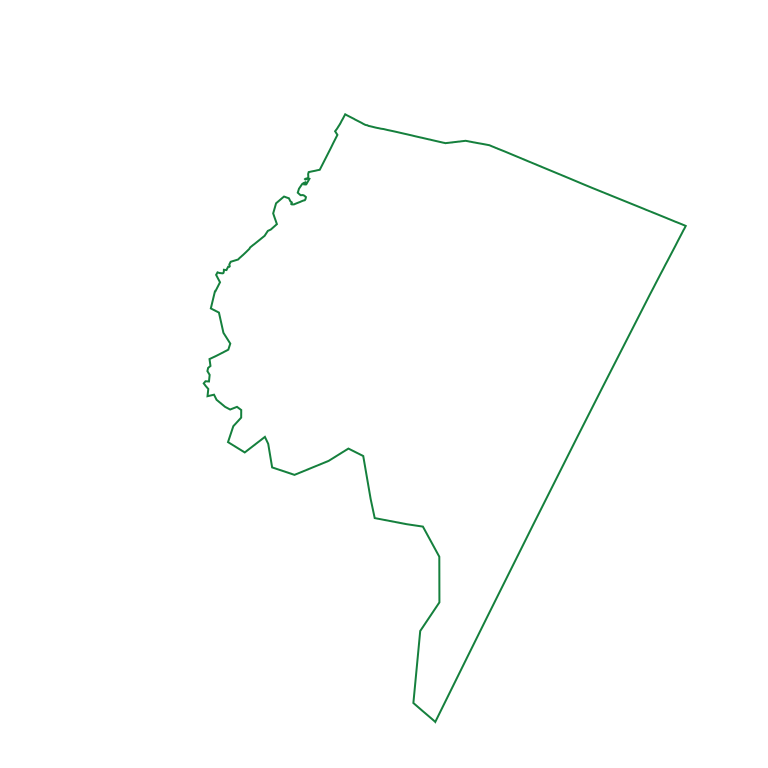 outline of Soudari, North Kordufan, Sudan, rotated 117°
{"feature_id": "16777658B52132204049815", "entity_name": "Soudari", "entity_type": "district", "adm_level": 2, "iso_a3": "SDN", "parent_name": "Sudan", "parent_adm1": "North Kordufan", "projection": "orthographic", "projection_center": [27.862, 15.17], "detail": "fine", "context": "isolated", "style": "outline", "palette": "green", "viewbox_px": 768, "rotation_deg": 117, "n_neighbors": 0, "source": "geoboundaries", "source_scale": "gbopen_adm2", "svg_char_len": 4906}
<svg xmlns="http://www.w3.org/2000/svg" viewBox="0 0 768 768"><g transform="rotate(117 384 384)"><path d="M343.6,187.7L288.8,187.8L183.3,187.7L174.4,187.6L171.5,187.6L159.9,187.5L154.6,187.4L150.0,187.4L145.9,187.3L136.6,187.2L128.7,187.1L126.4,187.1L126.1,187.1L123.1,187.1L114.2,187.0L111.1,187.0L110.5,187.0L109.8,186.9L108.8,186.9L108.1,186.9L107.6,186.9L107.0,186.9L106.7,186.9L106.4,186.9L106.2,186.9L106.2,187.3L106.2,187.6L106.2,187.8L106.3,189.0L106.4,189.9L106.4,190.5L106.6,192.5L106.6,192.9L106.7,193.7L106.7,193.8L107.0,197.0L107.0,197.3L107.1,197.5L107.3,200.4L107.6,204.2L107.8,206.2L107.8,206.6L108.0,209.0L108.7,217.3L109.8,229.4L110.0,232.4L112.1,256.6L114.8,287.8L115.5,296.7L116.6,311.8L120.1,356.7L122.0,381.9L122.5,387.4L122.6,388.5L122.7,389.1L122.7,389.4L122.7,390.1L122.9,391.6L123.0,393.6L123.2,395.4L123.3,397.1L123.4,398.6L123.5,398.8L124.1,400.9L125.6,406.0L126.6,409.2L127.2,411.2L127.7,413.0L127.9,413.5L128.9,417.1L129.2,417.9L129.3,418.4L129.3,418.5L129.4,418.8L129.6,419.5L129.8,420.2L129.9,420.5L130.2,421.5L130.3,421.8L130.8,422.5L131.8,424.0L132.3,424.8L133.5,426.5L134.1,427.4L134.3,427.8L135.2,429.1L135.8,430.0L136.7,431.4L137.0,431.8L137.4,432.4L137.7,432.9L137.8,432.9L138.1,433.4L138.3,433.7L138.6,434.2L139.6,435.7L140.3,436.7L140.3,436.8L141.1,438.0L141.5,438.5L141.7,439.4L141.7,439.5L141.9,440.2L142.0,440.4L142.6,442.8L142.8,443.6L143.8,447.6L145.0,452.4L145.2,453.4L145.3,453.8L145.8,455.5L145.9,456.0L146.6,458.8L147.0,460.4L147.4,462.1L147.7,463.1L149.3,469.5L149.7,471.3L151.1,476.9L152.0,480.4L153.1,484.8L153.7,487.2L155.0,492.2L156.1,496.2L156.4,497.5L157.1,500.4L157.2,500.6L157.9,502.6L158.0,502.9L158.0,503.0L158.6,505.3L158.7,505.5L159.1,507.0L159.2,507.4L159.5,508.5L159.6,509.1L159.9,510.2L159.9,510.3L160.1,511.3L160.4,512.3L160.4,512.5L160.7,513.7L160.8,514.0L161.1,515.1L161.0,516.0L161.0,516.3L161.2,516.8L161.3,517.0L161.5,517.9L161.6,518.3L161.6,518.5L161.6,518.8L161.6,519.1L161.6,520.0L161.6,521.3L161.5,522.2L161.5,523.4L161.5,526.1L161.5,526.7L161.5,527.3L161.5,528.3L161.5,529.5L161.5,529.8L161.5,530.2L161.4,530.8L161.4,532.3L161.4,534.1L161.4,534.7L161.4,536.1L161.4,538.0L161.4,538.3L161.4,539.3L161.3,540.8L161.3,541.0L167.3,541.1L167.5,541.1L167.9,541.2L171.6,541.2L172.3,541.2L172.4,541.3L172.5,541.3L172.8,541.3L174.4,541.4L174.7,541.5L174.8,541.5L175.1,541.5L175.5,541.5L175.8,541.6L176.4,541.6L177.3,541.7L177.6,541.7L179.9,542.1L181.0,542.3L183.2,538.6L184.3,538.6L185.0,538.6L188.3,538.6L189.6,538.6L191.7,538.6L192.5,538.6L197.9,538.5L198.4,538.5L200.5,538.5L201.3,538.5L203.6,538.5L205.9,538.5L207.2,538.5L213.6,538.5L219.5,538.5L220.5,538.5L221.9,538.5L222.3,538.5L224.1,540.8L224.9,541.7L227.5,545.0L229.4,547.3L231.4,546.9L233.4,545.7L234.7,545.2L236.4,546.5L236.6,546.9L236.8,547.2L237.3,547.4L237.5,546.9L237.4,546.8L237.1,546.6L236.7,546.2L236.4,545.8L236.0,545.6L235.0,544.1L235.0,543.9L235.0,543.6L241.4,543.9L242.1,544.9L242.1,545.0L242.2,545.5L242.3,545.7L241.8,545.9L240.7,545.5L240.1,545.0L240.0,545.3L239.9,545.5L240.3,545.8L241.2,546.7L243.0,547.7L248.6,548.4L249.2,548.3L252.7,547.7L253.6,544.2L253.6,543.9L252.5,542.1L252.5,541.9L252.5,541.6L252.4,541.3L252.4,540.9L252.4,540.6L252.4,540.4L252.6,539.6L252.8,538.9L252.9,538.4L254.8,537.9L256.2,538.0L256.4,538.2L256.5,538.4L257.0,538.9L257.1,539.1L257.8,539.7L258.7,540.5L260.1,541.6L260.6,542.1L261.2,542.6L261.3,542.7L261.4,542.8L264.5,545.5L264.8,545.7L265.0,546.1L265.3,546.7L265.7,547.4L265.8,547.5L265.7,548.4L264.9,548.5L264.3,548.4L264.0,548.7L263.9,549.1L263.8,549.8L263.8,550.2L263.1,551.2L262.3,552.2L262.3,552.3L261.7,553.0L262.1,555.8L262.3,557.9L262.4,558.2L263.8,558.8L264.0,558.9L272.0,562.2L282.3,560.2L285.9,556.5L287.3,555.0L290.2,552.0L297.8,555.0L298.8,555.8L300.3,557.0L305.7,557.6L306.1,557.6L310.3,559.5L310.8,559.7L319.0,563.4L319.3,563.6L323.2,565.3L324.6,565.3L326.7,566.0L329.4,566.9L333.6,568.4L333.7,568.5L335.1,569.0L337.3,569.9L338.3,570.2L339.3,570.5L344.7,576.1L346.7,576.1L347.7,576.1L349.1,574.9L349.8,575.0L350.3,576.1L353.9,576.1L354.0,576.1L354.9,578.5L356.7,577.7L358.0,577.5L358.6,577.9L359.7,580.7L360.0,582.1L360.1,583.0L363.0,583.1L365.5,579.6L367.8,576.3L373.9,576.3L377.7,576.3L377.7,576.5L377.8,576.5L378.2,576.7L395.3,572.6L395.3,563.5L411.3,550.3L417.8,539.3L424.1,538.3L434.8,546.0L441.0,550.8L446.7,546.8L449.5,548.0L452.7,547.2L455.0,543.5L461.2,541.1L462.6,544.3L465.3,544.9L466.7,542.0L468.2,538.3L475.0,535.7L470.7,530.6L474.1,526.0L476.5,515.2L476.6,509.5L471.1,504.6L472.0,499.4L478.8,496.0L490.0,499.1L506.6,496.6L508.2,477.0L485.2,466.1L489.9,460.0L509.1,445.8L505.6,422.5L477.6,398.4L457.7,386.4L457.6,369.8L492.5,343.7L507.7,331.4L498.7,300.4L493.4,284.6L512.8,256.3L553.4,235.5L587.6,239.6L654.9,213.0L657.9,200.9L659.5,194.1L661.6,185.5L661.7,185.1L661.8,184.9L661.7,184.9L589.4,185.8L544.2,186.3L474.8,186.9L441.7,187.2L343.6,187.7Z" fill="none" stroke="#15803d" stroke-width="2"/></g></svg>